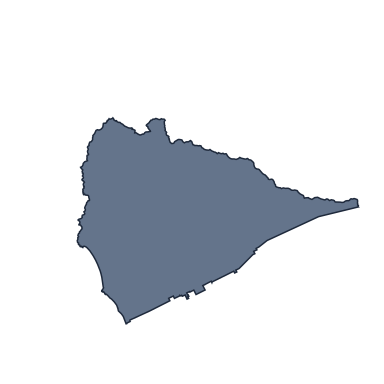 the district of Nambucca Valley, New South Wales, Australia, rotated 145°
{"feature_id": "25037944B440592647056", "entity_name": "Nambucca Valley", "entity_type": "district", "adm_level": 2, "iso_a3": "AUS", "parent_name": "Australia", "parent_adm1": "New South Wales", "projection": "albers", "projection_center": [152.762, -30.708], "detail": "fine", "context": "isolated", "style": "filled", "palette": "slate", "viewbox_px": 384, "rotation_deg": 145, "n_neighbors": 0, "source": "geoboundaries", "source_scale": "gbopen_adm2", "svg_char_len": 6096}
<svg xmlns="http://www.w3.org/2000/svg" viewBox="0 0 384 384"><g transform="rotate(145 192 192)"><path d="M61.1,90.4L61.1,91.2L62.7,93.4L63.3,93.8L64.5,94.1L65.6,95.2L66.3,95.3L67.8,94.9L68.8,95.1L70.0,96.0L71.5,96.6L73.7,96.6L75.1,97.4L76.3,98.6L80.3,101.6L80.5,102.0L80.4,103.2L80.8,104.1L82.4,105.8L83.9,106.0L84.3,106.2L84.6,107.7L85.4,108.9L86.1,109.2L87.4,109.2L87.9,109.5L90.5,112.6L92.1,115.6L94.7,117.0L98.0,117.1L99.7,119.6L99.8,120.4L100.0,120.7L102.4,122.1L103.5,122.5L102.8,125.2L104.4,128.1L104.8,129.5L105.1,131.1L105.0,132.4L105.1,132.9L106.7,134.7L107.9,135.2L109.1,136.1L109.5,136.6L110.0,138.2L110.9,139.7L112.4,140.8L113.2,141.2L114.9,143.0L116.8,143.5L117.3,144.9L118.4,145.7L119.9,147.7L120.2,148.6L119.5,150.1L119.6,151.5L118.9,153.2L118.7,155.4L119.2,156.7L121.4,157.8L122.1,158.6L121.7,159.9L122.0,161.1L121.9,162.2L122.2,162.9L122.2,163.8L122.9,164.9L123.6,166.6L124.1,171.8L124.5,172.6L125.7,173.7L126.5,175.2L126.4,176.9L125.7,178.9L125.0,179.9L124.7,180.9L125.3,183.9L125.7,184.7L126.9,185.8L127.2,187.5L127.7,187.8L128.7,187.9L129.6,188.5L132.3,191.5L133.0,192.9L135.0,192.8L137.2,193.4L138.5,194.9L140.4,196.2L141.1,197.1L141.7,198.3L142.1,199.8L142.2,201.3L142.0,203.1L142.1,203.8L143.9,204.7L144.4,206.0L145.1,206.1L146.0,206.6L146.5,207.1L147.8,209.1L148.9,208.8L149.3,208.9L149.5,209.4L149.6,210.2L150.1,211.3L150.9,212.0L151.2,212.7L152.3,214.4L152.9,216.5L153.9,216.6L154.5,216.8L156.2,218.3L157.6,220.0L157.6,220.7L158.1,222.1L158.5,222.5L158.2,224.7L159.2,225.7L159.8,225.8L160.4,226.3L161.3,227.3L163.1,228.5L163.1,228.8L163.6,229.4L163.9,230.2L164.1,230.3L163.3,233.5L163.6,233.9L163.5,234.6L163.8,235.1L166.0,235.1L168.0,236.4L170.1,236.7L170.7,238.6L170.4,240.3L171.0,241.1L172.5,242.5L173.2,242.9L177.4,243.2L178.1,242.7L178.9,242.5L179.3,242.5L180.8,243.3L181.4,245.2L180.8,247.4L180.5,247.8L180.5,248.5L180.1,248.8L180.1,250.0L179.6,250.2L179.2,250.6L179.5,251.9L180.2,252.9L180.0,254.0L179.8,254.2L179.5,255.0L178.6,255.4L178.8,257.8L178.2,258.3L177.2,260.2L177.3,260.9L176.2,261.9L176.0,262.8L174.5,265.4L173.5,266.0L172.9,266.1L172.9,267.2L173.1,267.7L174.6,268.8L175.2,269.7L176.2,269.5L176.9,269.8L178.0,270.9L178.5,271.8L179.4,273.0L181.0,273.2L182.2,274.1L183.5,273.9L184.7,274.4L185.2,274.0L186.1,274.0L187.2,273.4L190.7,273.1L191.2,272.9L191.3,272.0L190.7,270.9L191.3,269.8L191.2,268.9L191.3,267.5L191.0,266.2L191.3,265.5L193.4,266.4L195.3,267.6L196.6,267.7L197.5,267.3L198.5,267.2L199.4,267.9L200.6,268.0L201.7,268.4L202.3,269.0L202.8,270.2L203.2,270.7L203.3,271.3L203.9,272.4L203.9,272.9L205.0,273.3L203.3,275.2L204.2,277.0L205.1,277.7L204.4,278.3L204.4,278.7L204.8,279.2L205.9,279.7L207.3,281.0L209.0,284.1L209.4,284.5L209.6,285.7L209.8,285.9L209.8,286.9L210.3,288.0L210.7,288.5L211.1,290.4L212.3,291.2L213.0,292.5L213.2,293.2L212.9,293.7L213.2,294.0L213.9,294.0L214.1,294.3L214.4,295.7L214.7,296.1L214.2,297.0L214.3,298.1L214.8,297.9L216.8,298.4L217.8,299.0L217.9,299.6L219.6,298.9L220.2,299.2L220.7,299.0L221.0,298.8L221.1,298.3L221.9,298.3L223.2,297.8L224.8,298.9L225.3,299.0L227.6,296.5L228.8,295.9L230.5,295.6L232.3,295.9L232.8,296.2L233.8,297.3L235.3,297.5L238.3,295.7L240.8,295.1L241.5,294.0L242.3,293.5L243.2,292.1L243.9,291.6L245.6,291.0L247.3,291.5L248.2,290.7L249.0,290.3L249.7,289.1L251.2,289.1L251.9,288.7L252.1,288.3L252.2,287.0L252.4,286.5L254.2,285.4L255.0,283.8L255.0,282.4L255.5,281.9L256.7,282.2L257.4,281.8L258.2,280.4L259.4,279.1L259.7,277.6L262.5,278.3L264.7,277.8L265.9,276.6L267.5,275.9L269.1,276.2L269.2,275.7L269.1,274.2L268.8,272.9L269.2,272.4L270.1,272.0L270.5,271.2L270.4,270.7L270.9,270.3L270.6,269.6L270.7,269.1L271.3,268.8L271.8,268.2L272.3,268.2L272.6,267.9L272.4,267.4L272.6,266.2L272.8,265.9L273.5,265.6L274.4,265.6L275.2,265.1L274.9,263.5L274.6,263.4L274.5,261.7L275.7,261.4L276.5,260.8L277.0,260.2L277.2,258.4L277.7,258.4L278.0,257.2L279.2,257.1L280.2,256.4L280.3,255.7L280.7,255.5L281.3,254.7L281.1,254.0L281.8,253.8L281.9,253.5L282.3,252.1L281.1,251.9L281.3,250.9L279.1,248.9L279.0,247.9L279.9,246.2L279.9,245.5L280.6,244.1L281.0,243.9L281.6,244.4L282.1,244.5L282.9,244.0L284.3,243.7L284.9,243.3L285.6,242.4L286.5,242.2L288.7,240.8L289.1,240.4L289.2,239.4L289.5,238.7L290.6,237.8L291.9,237.8L292.2,235.9L292.6,235.5L293.5,235.4L295.1,235.9L296.0,235.2L296.5,234.1L297.4,233.9L298.2,233.9L300.3,234.6L301.3,234.5L301.5,233.9L300.9,232.9L301.0,231.9L301.7,230.8L303.0,230.4L303.5,230.0L303.3,229.6L302.4,229.2L302.2,228.2L302.4,227.4L302.2,226.6L303.2,224.9L303.9,224.8L306.4,223.9L307.0,223.9L307.7,223.0L308.7,223.0L309.3,222.7L310.4,221.8L310.6,220.4L311.8,220.1L312.5,218.8L313.8,218.1L314.6,216.5L314.6,216.0L314.3,215.6L314.2,215.2L315.0,214.4L315.0,213.7L314.5,213.3L314.4,213.0L314.9,211.7L314.2,211.3L314.5,211.0L314.4,210.9L314.1,211.0L313.7,210.7L313.5,210.2L313.5,209.8L313.6,209.6L313.3,209.1L312.3,209.8L311.2,209.2L310.4,208.0L309.9,206.3L309.4,202.5L309.5,196.5L310.0,191.6L310.8,186.9L312.5,179.9L313.4,177.3L314.8,173.8L319.3,164.9L319.4,164.2L321.9,163.1L322.0,162.9L322.4,163.1L322.8,162.5L322.7,162.3L322.9,162.2L322.6,161.6L322.4,161.9L322.0,161.7L321.9,161.0L321.7,160.9L321.5,160.4L321.6,160.1L321.5,159.3L321.8,158.8L321.5,158.7L321.5,157.8L321.2,157.9L320.9,157.4L320.4,155.7L320.0,152.1L319.3,150.4L318.7,146.5L318.6,142.7L319.1,140.5L319.4,139.9L319.3,139.3L319.5,139.2L320.5,136.8L319.7,132.6L319.7,129.4L321.6,121.8L320.9,121.6L320.7,122.0L317.0,121.4L317.0,121.9L316.2,122.7L294.8,118.8L272.5,115.6L272.1,118.3L267.0,117.5L267.4,114.9L261.4,113.9L261.3,114.1L261.0,113.5L260.0,113.5L259.7,113.3L259.6,112.7L259.9,112.6L259.6,112.1L256.7,111.6L257.5,107.1L255.8,106.8L255.5,108.6L254.4,108.4L254.1,110.1L254.6,110.2L254.2,112.4L251.0,111.8L251.1,111.2L246.8,110.6L247.5,105.7L237.5,104.2L236.8,109.2L234.9,108.9L234.8,108.7L234.4,108.8L227.4,107.9L227.7,106.3L227.0,106.8L203.2,103.2L203.5,101.2L201.2,100.8L200.9,102.9L197.4,102.3L178.2,105.8L175.9,105.4L175.5,108.0L172.0,107.4L171.8,109.0L168.7,108.6L158.3,109.2L102.4,99.2L64.4,84.4L64.5,84.7L63.4,85.6L63.8,86.3L62.9,87.5L62.9,87.9L61.6,89.5L61.1,90.4Z" fill="#64748b" stroke="#1e293b" stroke-width="1.5"/></g></svg>